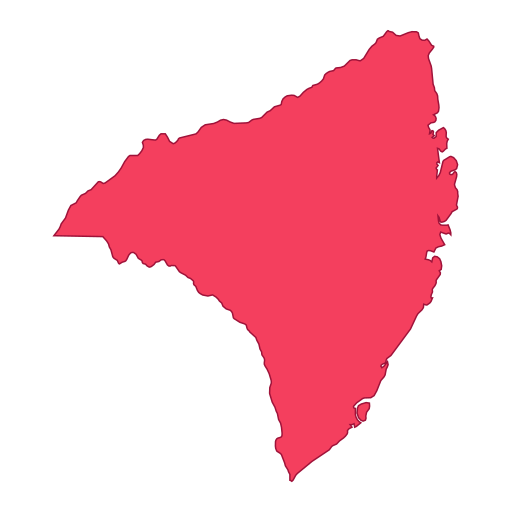 Nampula, Equal Earth projection
{"feature_id": "MOZ-1200", "entity_name": "Nampula", "entity_type": "Province", "adm_level": 1, "iso_a3": "MOZ", "parent_name": "Mozambique", "parent_adm1": "", "projection": "equal_earth", "projection_center": [39.254, -15.162], "detail": "fine", "context": "isolated", "style": "filled", "palette": "rose", "viewbox_px": 512, "rotation_deg": 0, "n_neighbors": 0, "source": "natural_earth", "source_scale": "10m", "svg_char_len": 6046}
<svg xmlns="http://www.w3.org/2000/svg" viewBox="0 0 512 512"><path d="M427.0,39.0L428.7,40.8L431.6,45.3L433.7,46.2L433.8,47.0L432.5,49.0L429.3,53.0L428.2,55.6L428.5,58.5L431.2,66.1L431.6,68.5L433.1,84.2L434.4,87.7L434.7,90.6L436.8,93.6L437.6,95.9L437.8,99.2L438.8,105.0L439.0,107.7L438.5,111.2L437.4,112.8L433.5,114.8L434.7,115.6L435.6,116.9L436.1,118.4L435.9,120.3L434.9,121.8L433.7,122.4L430.8,122.9L428.0,125.2L428.6,127.4L430.1,130.1L429.5,133.8L430.8,133.2L431.9,130.7L432.8,130.7L433.5,131.8L433.0,134.4L434.2,135.6L432.1,137.4L433.1,138.2L434.1,138.2L436.2,136.5L436.2,132.7L438.6,130.2L443.4,127.6L444.6,128.6L445.8,130.5L446.3,132.5L446.1,136.5L446.6,137.9L448.3,139.2L447.2,141.1L446.7,143.6L446.9,148.3L445.6,148.9L443.2,151.3L442.2,151.9L440.9,151.3L439.0,148.8L437.5,148.3L439.4,162.7L437.7,161.9L436.8,162.8L436.9,164.2L438.1,165.4L436.1,168.1L436.7,169.6L437.4,169.9L436.7,176.0L436.7,178.1L438.8,175.6L440.3,172.5L443.0,161.4L443.7,160.4L449.7,156.7L450.9,156.4L453.6,157.6L456.3,160.7L457.6,164.7L456.6,168.6L455.3,169.7L450.8,171.3L449.5,172.8L449.6,174.0L450.7,174.6L452.2,174.5L453.2,173.6L454.1,172.3L455.0,171.6L456.3,172.6L456.8,174.5L456.6,176.7L454.5,184.2L454.7,185.6L455.5,187.9L457.0,189.6L457.7,191.5L457.7,193.4L458.1,196.3L456.5,204.8L456.6,205.4L457.5,207.2L457.3,208.6L456.8,209.1L452.1,211.7L450.9,213.8L446.1,220.3L444.5,221.4L442.7,222.0L441.0,222.2L440.2,221.4L439.1,217.4L438.0,215.9L438.5,220.9L439.0,223.1L440.7,224.9L442.3,225.2L446.9,225.2L448.1,224.9L450.1,229.9L450.8,232.8L450.8,234.8L449.3,233.2L448.3,233.1L446.1,234.0L440.7,232.1L439.8,234.5L441.0,238.2L444.7,244.7L441.6,246.1L438.6,246.7L435.9,248.0L433.9,252.0L430.5,250.7L428.6,250.5L427.2,251.0L426.7,252.4L425.9,257.1L425.2,259.1L428.6,259.8L430.4,260.6L431.8,261.9L432.7,257.9L434.6,256.3L437.2,256.8L439.6,258.7L440.9,261.6L441.7,265.8L441.2,269.4L439.2,270.8L440.4,272.8L440.2,274.5L436.5,279.7L436.1,280.6L436.2,282.6L435.9,283.7L434.9,285.7L432.5,288.8L432.3,289.8L432.5,291.9L431.3,294.7L430.9,296.7L431.3,298.0L432.5,297.9L431.0,301.5L429.9,302.9L427.1,304.9L426.2,305.0L423.7,304.2L423.4,307.6L421.9,309.9L418.0,313.6L416.6,315.9L410.5,329.0L391.0,355.4L386.9,358.5L386.3,359.7L385.6,362.8L382.4,364.2L381.3,365.0L380.9,366.2L381.9,367.7L384.0,366.2L387.5,361.7L388.1,364.7L387.3,367.0L386.2,369.1L385.1,374.9L384.0,376.9L380.8,380.6L376.8,390.7L374.1,395.6L370.8,397.7L364.5,397.9L362.7,398.5L356.7,402.8L353.8,406.0L353.5,406.6L353.7,407.7L354.3,408.2L355.4,408.4L355.4,414.7L356.1,417.4L357.4,419.8L359.0,421.6L360.8,422.8L356.4,426.4L354.7,427.2L354.0,423.7L352.1,424.6L350.1,424.6L352.0,427.2L349.4,428.5L348.4,429.3L347.4,430.8L347.6,431.9L347.5,432.9L347.1,434.0L345.4,436.2L343.5,438.0L339.5,440.9L336.6,444.0L332.7,445.7L331.7,446.5L329.3,449.8L312.1,461.3L297.3,473.5L295.7,475.3L293.1,480.1L291.8,481.3L290.0,480.1L290.0,480.7L289.9,480.5L289.9,474.4L288.5,471.7L287.9,469.8L285.4,465.8L284.6,462.8L281.4,454.5L280.2,453.3L277.0,451.3L276.6,450.7L275.7,448.4L275.4,446.0L275.5,441.6L275.9,440.2L276.8,438.8L277.9,438.1L280.4,437.4L281.5,436.7L282.0,435.5L282.1,433.2L281.5,427.3L280.6,423.2L278.6,419.5L277.4,413.5L276.2,411.1L275.0,407.3L272.2,402.1L269.7,393.8L269.6,393.1L269.8,387.6L271.3,383.1L271.3,381.5L271.1,380.1L269.2,373.7L267.1,369.2L265.1,366.0L264.3,364.2L264.3,362.7L264.6,360.3L264.4,358.8L263.8,357.5L262.1,355.1L261.8,354.1L261.6,351.9L260.0,349.0L258.9,344.1L256.9,340.4L255.8,337.4L249.9,332.1L249.3,331.1L247.6,329.5L246.9,327.8L246.3,325.1L244.7,323.9L239.9,322.3L234.2,318.7L233.4,317.8L232.4,313.0L231.5,311.5L230.3,310.3L226.2,308.9L223.0,306.2L221.7,303.0L219.4,301.0L218.3,299.3L216.1,297.1L212.6,294.9L207.9,296.0L202.7,295.0L200.2,293.6L198.7,292.4L197.4,290.4L195.8,286.4L193.9,284.7L193.5,283.3L193.7,281.9L193.2,280.7L190.4,278.4L188.0,277.5L185.6,275.2L180.8,272.7L179.4,271.7L175.4,265.9L174.7,265.6L171.2,265.5L170.1,266.1L168.8,266.0L167.4,264.9L165.0,260.7L164.1,259.8L163.3,259.6L161.2,259.8L158.9,261.5L155.7,262.2L154.0,264.5L151.4,266.5L149.8,267.1L149.0,267.0L147.1,265.9L145.6,264.2L143.1,263.5L142.4,262.6L142.0,260.9L141.5,260.3L138.3,258.3L136.1,254.3L133.9,252.7L133.2,252.4L131.9,252.5L130.7,252.9L129.4,254.3L128.7,255.2L126.8,259.3L125.8,260.8L124.9,261.4L122.2,262.2L119.5,263.9L119.0,263.7L118.4,262.9L117.3,260.4L114.0,258.3L112.8,256.8L110.9,249.7L109.4,247.1L108.5,243.9L106.6,240.9L102.8,236.6L53.9,235.7L59.0,229.1L60.3,226.5L61.2,223.9L65.5,218.0L68.4,210.1L70.9,205.5L76.2,202.8L77.4,200.6L80.2,196.5L81.4,195.2L85.5,193.4L88.0,190.9L91.1,189.7L98.3,181.8L99.5,181.6L100.7,181.9L103.2,183.5L105.1,183.0L115.0,175.8L118.4,172.0L121.2,168.0L124.7,161.6L128.5,156.5L130.0,155.5L137.7,155.5L139.5,153.8L141.8,150.8L143.4,147.5L143.3,145.1L142.4,142.4L143.6,140.5L145.7,139.4L147.7,139.2L155.4,140.1L156.8,139.3L159.3,135.3L161.0,133.8L165.3,133.8L167.5,137.2L169.6,141.4L173.2,143.7L174.7,143.2L176.4,141.8L177.9,140.1L178.5,138.8L179.5,138.0L196.0,133.9L198.0,132.0L201.3,127.4L205.2,124.8L213.7,123.5L217.5,122.0L220.5,120.2L223.5,119.5L226.5,120.1L230.2,122.0L234.0,123.4L246.3,122.9L248.6,122.5L251.9,120.0L253.3,119.4L259.9,118.3L261.7,117.5L267.1,112.1L270.2,110.7L274.4,106.8L280.3,105.1L281.2,104.5L281.8,101.4L283.1,98.8L285.1,97.0L287.2,95.8L291.5,95.2L294.1,95.4L297.7,97.4L300.0,96.1L303.4,92.3L306.8,89.5L309.0,88.3L311.8,87.3L312.8,85.5L317.4,84.2L319.4,83.0L321.6,81.1L323.4,78.9L324.7,75.0L326.2,73.5L328.0,72.3L329.5,71.5L333.6,70.6L335.6,68.2L336.6,67.9L340.6,67.5L344.3,66.1L350.0,60.5L352.1,59.8L356.1,59.8L359.3,60.7L360.5,60.7L363.7,58.4L369.2,49.4L371.9,46.2L374.7,44.1L376.0,42.7L377.4,39.2L379.2,38.0L383.3,36.3L386.7,31.7L387.9,30.7L388.4,30.8L389.0,31.4L392.6,32.2L396.1,35.4L400.1,36.0L408.2,32.7L411.9,31.7L416.6,31.8L418.3,32.9L418.9,35.8L419.9,38.7L422.2,40.2L424.8,40.3L427.0,39.0ZM366.1,402.6L369.4,403.1L369.6,406.1L369.2,408.7L366.6,412.2L365.8,416.0L366.0,418.3L365.4,420.2L363.0,421.1L360.9,420.2L358.5,417.6L357.1,413.1L357.5,408.1L358.5,405.7L361.3,404.0L366.1,402.6Z" fill="#f43f5e" stroke="#9f1239" stroke-width="1.5"/></svg>